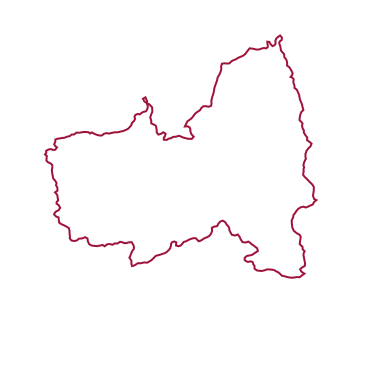 the district of Peçanha, Minas Gerais, Brazil, rotated 250°
{"feature_id": "56859067B17789026989145", "entity_name": "Peçanha", "entity_type": "district", "adm_level": 2, "iso_a3": "BRA", "parent_name": "Brazil", "parent_adm1": "Minas Gerais", "projection": "albers", "projection_center": [-42.509, -18.539], "detail": "fine", "context": "isolated", "style": "outline", "palette": "rose", "viewbox_px": 384, "rotation_deg": 250, "n_neighbors": 0, "source": "geoboundaries", "source_scale": "gbopen_adm2", "svg_char_len": 5529}
<svg xmlns="http://www.w3.org/2000/svg" viewBox="0 0 384 384"><g transform="rotate(250 192 192)"><path d="M98.5,224.5L96.1,226.2L94.9,228.4L93.9,230.6L93.6,233.5L93.6,236.2L92.6,238.5L91.6,240.7L90.4,242.6L88.7,243.9L87.1,245.5L85.0,246.8L82.6,247.8L81.6,249.5L80.1,251.6L78.5,254.1L77.4,256.2L76.7,258.6L76.2,261.5L75.1,264.0L76.1,267.1L76.8,269.7L79.8,267.5L82.5,267.2L83.5,269.7L83.9,272.6L86.4,273.9L89.3,274.3L91.6,274.7L94.4,275.1L96.3,276.0L97.9,277.6L100.2,276.4L102.8,277.1L104.5,276.2L106.3,275.4L108.6,276.6L110.9,277.9L113.1,278.9L115.1,278.4L117.5,276.3L120.7,274.4L124.0,274.1L125.9,274.5L128.2,275.0L131.3,276.0L133.5,278.3L135.8,279.6L136.8,281.5L138.3,283.4L139.7,285.8L140.4,288.7L140.1,291.7L138.5,293.6L138.6,296.2L138.8,298.9L139.0,301.3L140.8,303.2L141.8,306.1L143.7,304.4L147.0,304.4L149.3,305.6L151.9,307.0L155.1,308.2L157.7,307.7L159.6,306.8L161.4,305.9L163.3,305.1L165.2,304.3L167.6,303.1L170.0,302.3L172.0,303.2L173.5,304.2L175.3,304.5L176.8,305.8L179.2,305.9L181.4,307.4L183.1,309.0L184.3,310.4L186.4,310.7L188.9,311.6L191.7,313.9L193.2,316.2L194.4,319.0L196.6,320.9L199.1,319.4L201.3,317.9L204.0,318.9L207.0,317.9L209.7,317.4L211.5,318.2L213.8,317.7L216.5,318.0L218.6,319.3L220.9,318.5L222.8,317.6L225.7,319.0L228.1,320.6L229.9,322.3L230.9,324.7L233.6,324.9L236.4,325.3L238.4,325.3L241.1,325.1L243.7,325.3L246.7,325.9L249.7,325.7L252.3,325.5L254.7,323.9L257.0,324.7L258.8,324.6L260.8,324.9L263.2,326.1L265.0,325.4L266.4,324.0L267.6,326.1L269.3,327.2L271.5,327.0L274.2,326.5L275.9,326.2L278.1,324.6L281.3,325.7L284.2,325.9L287.1,324.9L290.2,325.7L292.2,324.8L294.5,324.0L296.9,324.5L299.0,324.8L301.8,324.8L303.5,325.8L304.1,328.2L306.2,329.3L308.9,328.4L308.4,326.0L307.4,323.7L305.5,322.0L303.0,321.4L301.7,319.8L301.6,317.5L304.3,316.3L306.6,316.0L307.5,314.2L305.7,313.6L303.9,313.4L302.1,312.6L301.6,310.7L302.7,308.9L303.0,306.3L303.0,303.7L303.8,301.3L304.9,299.6L306.1,297.8L307.3,295.3L306.2,293.4L305.1,291.7L303.4,289.2L302.5,286.0L302.4,282.9L302.2,280.8L301.7,278.7L301.7,276.5L301.4,274.0L300.1,271.0L300.9,268.4L301.8,266.7L302.3,264.0L300.1,262.3L297.7,261.7L295.3,260.1L293.0,257.9L290.9,255.3L288.4,253.8L286.1,251.9L284.3,250.4L282.4,248.8L280.2,247.6L278.1,246.4L276.1,244.9L274.6,243.7L272.6,242.3L270.8,241.2L268.7,240.7L266.5,239.5L266.4,236.8L268.1,234.0L268.7,231.9L267.7,229.5L266.0,227.2L265.5,224.6L264.6,221.7L262.9,219.3L261.3,216.6L260.6,214.2L260.0,211.9L257.8,209.5L256.0,207.7L255.2,210.4L253.4,211.9L251.3,211.9L249.6,211.2L246.5,211.2L243.4,212.5L242.0,210.0L243.3,206.6L244.9,204.2L246.4,202.1L248.1,200.4L249.3,198.9L249.4,196.2L250.2,193.1L249.7,190.6L250.1,188.5L249.6,186.0L250.8,183.4L252.7,184.1L253.8,185.8L255.7,187.1L258.0,185.4L257.3,183.0L257.4,180.1L259.8,179.2L262.4,180.0L264.7,180.5L266.8,180.6L268.5,179.1L270.4,177.2L273.4,178.2L276.3,178.2L278.8,180.1L280.7,182.0L282.5,182.7L285.3,183.5L286.9,182.7L288.7,182.1L291.0,179.9L287.7,179.8L285.5,178.6L283.6,176.4L283.9,173.4L283.4,171.2L282.8,169.4L283.9,167.7L283.8,165.3L282.3,163.6L280.1,163.5L278.6,161.8L277.5,159.3L275.4,157.6L274.3,155.6L273.3,153.7L272.9,150.7L272.9,147.7L273.3,144.8L273.6,142.2L274.4,140.3L274.9,137.6L275.3,133.9L276.6,131.7L276.8,128.9L275.9,126.9L276.6,124.6L278.1,122.3L280.4,119.8L282.3,118.2L281.8,116.2L283.6,115.2L284.9,112.3L285.7,109.6L286.1,106.9L287.3,103.6L286.4,100.9L287.1,98.5L286.3,96.2L286.7,93.6L286.6,90.5L287.3,88.2L287.5,86.2L288.0,84.2L288.1,81.6L285.8,80.6L284.0,78.8L282.0,79.2L280.1,80.4L278.5,77.9L279.1,75.7L280.6,74.1L281.0,71.9L280.6,69.0L278.7,68.5L277.6,66.7L275.5,67.9L273.3,66.8L271.2,65.9L268.9,67.1L267.1,69.0L265.1,69.9L262.9,69.2L260.6,67.8L257.6,67.1L254.6,66.6L252.0,66.2L249.6,67.3L246.6,67.8L244.9,66.5L242.4,67.0L239.3,66.1L238.5,63.2L235.4,64.4L232.5,63.8L229.8,63.3L229.1,61.6L227.4,60.7L225.3,62.2L222.2,62.7L220.4,60.3L220.3,58.0L219.5,56.1L218.1,54.7L215.3,56.0L213.8,57.9L211.6,57.4L208.7,56.7L206.7,58.0L204.7,60.1L202.3,62.3L200.3,63.9L197.7,63.7L194.7,62.7L191.9,62.1L190.2,61.3L187.7,62.1L186.3,64.4L185.8,67.0L186.8,69.8L185.9,73.2L186.1,76.1L184.0,77.9L181.4,77.3L178.3,77.5L176.2,79.1L175.0,81.3L173.5,84.4L173.1,87.6L172.8,89.8L170.8,91.5L171.9,94.3L171.3,96.8L169.6,99.3L170.1,101.9L169.1,104.3L169.8,107.4L168.7,109.2L167.2,110.7L166.4,113.1L166.3,115.4L165.5,118.1L163.3,118.6L160.9,118.8L158.4,117.9L156.8,115.4L154.9,113.7L153.1,112.2L151.7,110.7L149.9,111.2L147.6,111.5L145.5,110.5L142.9,110.3L142.7,112.3L143.0,114.1L143.6,116.9L142.6,119.2L142.4,121.2L142.1,123.2L140.9,125.7L141.2,127.7L141.8,130.6L143.2,133.7L144.4,136.1L144.2,138.2L144.0,140.4L143.9,143.8L143.9,146.1L144.4,148.0L145.3,150.1L146.5,152.1L148.6,153.8L150.6,154.7L151.7,156.4L151.5,158.6L150.0,160.0L147.2,158.7L145.6,160.8L145.6,163.0L146.6,165.1L147.9,167.1L147.7,169.7L148.2,172.4L148.3,175.0L148.1,177.8L147.2,179.8L145.4,180.6L143.5,181.3L143.3,183.6L143.8,185.7L144.3,187.9L144.4,191.0L144.9,193.6L146.5,195.8L148.7,197.7L151.6,198.4L151.9,201.0L151.3,203.8L153.2,206.0L154.5,208.2L154.6,211.1L152.3,212.9L149.5,213.4L147.4,214.4L145.4,214.6L143.3,214.1L140.9,214.3L138.0,214.9L136.4,217.6L136.4,220.5L133.6,221.4L130.7,221.6L127.6,222.3L126.1,225.4L126.2,227.9L124.3,229.3L122.3,230.3L120.8,231.6L119.1,232.5L116.9,234.0L114.0,233.7L113.2,230.1L112.4,227.2L112.6,224.7L113.2,221.9L112.1,219.0L110.1,218.2L108.4,219.2L107.2,220.6L106.7,223.7L105.1,225.1L102.9,224.9L101.2,225.5L98.5,224.5ZM296.4,177.8L293.4,178.2L291.0,179.9L292.8,180.9L294.9,180.7L296.9,180.6L296.4,177.8Z" fill="none" stroke="#9f1239" stroke-width="2"/></g></svg>